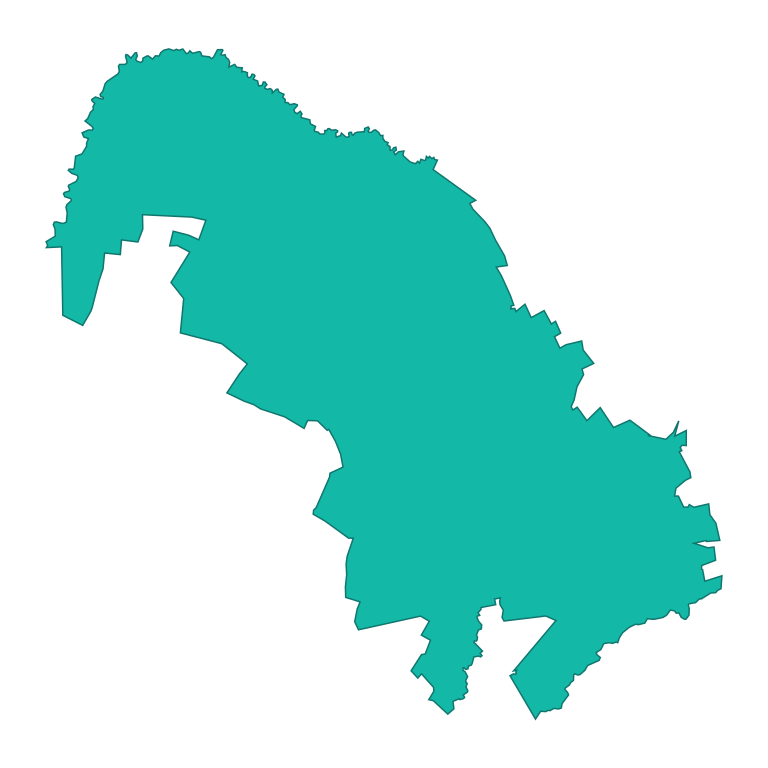 the district of Dr Ruth Segomotsi Mompati, North West, South Africa
{"feature_id": "47623444B1265322146951", "entity_name": "Dr Ruth Segomotsi Mompati", "entity_type": "district", "adm_level": 2, "iso_a3": "ZAF", "parent_name": "South Africa", "parent_adm1": "North West", "projection": "mercator", "projection_center": [24.344, -26.693], "detail": "fine", "context": "isolated", "style": "filled", "palette": "teal", "viewbox_px": 768, "rotation_deg": 0, "n_neighbors": 0, "source": "geoboundaries", "source_scale": "gbopen_adm2", "svg_char_len": 5982}
<svg xmlns="http://www.w3.org/2000/svg" viewBox="0 0 768 768"><path d="M686.2,445.6L686.3,430.5L674.7,436.2L678.8,420.9L673.4,432.3L665.9,439.3L647.8,435.5L649.8,435.0L629.9,420.2L613.5,427.5L600.2,407.6L586.9,420.7L577.2,407.2L572.7,410.0L571.2,406.5L574.0,400.4L577.0,386.8L583.6,374.6L582.0,369.0L593.7,363.4L583.2,350.1L581.7,341.0L566.1,344.7L559.9,348.2L554.5,336.7L560.7,333.1L555.5,321.3L551.4,324.0L544.1,310.6L531.2,317.6L525.0,304.2L515.9,311.6L514.8,308.4L510.8,308.8L511.3,305.9L513.8,305.3L510.4,295.6L501.5,276.0L496.2,267.0L507.3,265.5L504.6,255.9L495.8,240.7L489.8,228.1L484.8,221.6L472.9,209.2L469.8,203.4L475.7,200.3L433.1,169.6L437.4,160.1L434.6,159.5L433.8,157.4L431.9,158.6L429.5,156.4L428.1,158.1L426.4,156.4L425.6,160.1L424.4,160.5L420.9,159.3L419.5,163.2L417.8,161.3L415.4,163.7L410.2,162.0L403.4,155.9L403.0,154.3L403.9,151.0L398.5,151.8L395.3,154.7L393.7,151.9L396.4,150.1L395.9,147.2L393.8,147.7L392.0,150.1L390.1,150.2L390.0,146.6L387.2,144.9L388.1,142.6L385.0,141.5L382.8,138.2L382.9,135.4L380.4,135.5L378.8,132.6L375.5,129.9L374.0,130.1L371.1,132.4L368.7,132.2L368.1,131.1L369.4,128.7L368.2,127.0L364.7,128.4L364.3,131.7L357.1,132.2L354.6,133.3L353.2,135.3L352.1,134.7L351.4,132.3L349.3,132.4L348.6,133.3L349.2,136.4L347.4,137.2L345.9,137.0L341.4,133.1L340.5,135.6L336.2,137.1L335.7,133.2L337.7,131.8L337.6,130.8L335.8,129.8L331.7,130.2L329.3,128.6L327.9,128.7L326.8,130.6L324.7,130.5L325.0,132.9L323.7,134.1L320.0,134.0L317.9,132.0L314.9,131.5L314.3,130.3L315.5,126.4L310.4,123.9L309.8,119.8L301.3,117.6L300.9,116.2L302.0,113.9L300.3,111.3L297.2,113.6L294.7,112.3L293.9,109.5L297.4,105.7L297.3,104.8L294.3,103.7L289.8,104.7L287.9,102.6L285.1,102.5L285.2,99.4L282.7,97.4L284.0,94.4L279.0,92.1L277.9,89.2L276.5,89.2L272.3,93.0L272.2,90.3L271.0,89.0L269.6,88.6L267.5,89.5L264.8,88.2L265.0,86.6L266.9,84.8L265.1,82.1L263.3,82.0L262.1,85.5L258.6,85.8L257.6,81.0L253.2,79.2L255.0,76.0L254.1,74.6L252.1,74.1L250.5,77.3L248.5,77.6L247.4,76.4L247.4,72.7L243.9,71.4L241.7,71.8L242.2,67.8L236.8,67.3L234.7,64.4L228.8,67.1L229.7,62.5L228.4,59.3L226.0,57.5L225.1,54.7L222.2,55.3L220.8,54.5L222.9,50.4L222.4,49.6L217.5,49.7L213.5,57.2L211.6,58.7L209.3,56.8L201.9,55.9L200.6,52.2L199.2,51.6L192.6,53.3L189.8,50.8L188.3,53.0L186.4,53.7L182.8,49.0L179.0,50.3L176.4,49.3L173.7,50.6L168.9,48.9L163.8,50.2L160.7,52.7L159.1,56.0L155.4,55.8L152.6,59.1L148.2,55.9L146.9,56.0L142.9,58.2L142.8,60.9L140.8,62.5L136.8,61.1L135.7,59.4L137.3,55.9L136.5,52.7L135.1,52.9L130.9,58.1L127.9,55.1L126.1,54.5L125.5,56.0L127.0,61.8L126.6,63.4L124.9,64.4L119.6,64.4L118.5,66.1L119.3,71.5L117.9,74.0L107.2,81.3L105.2,83.6L102.8,91.3L100.1,94.4L100.6,96.4L103.3,97.4L103.2,98.7L101.9,99.1L95.5,97.0L91.8,99.4L92.1,101.0L94.8,103.4L93.0,106.7L93.3,109.6L90.5,112.2L87.7,118.6L85.0,121.0L92.0,126.4L93.3,128.7L92.1,130.1L88.5,130.0L82.1,132.8L83.8,137.0L88.4,138.6L86.6,143.2L86.6,146.3L82.0,153.9L75.6,156.2L74.3,167.5L73.5,169.3L69.1,169.1L68.3,170.4L71.8,173.4L77.2,175.3L78.2,177.6L76.1,181.5L68.6,185.2L68.3,186.5L69.7,189.7L69.0,191.1L64.6,192.4L63.5,193.7L64.8,196.7L70.4,198.5L71.4,199.6L71.2,200.7L67.0,204.5L66.0,207.1L67.2,213.0L66.3,222.2L62.8,223.5L56.5,221.9L54.4,222.1L53.3,224.6L55.0,228.9L55.3,236.1L46.1,241.7L47.7,245.3L46.4,247.6L61.6,246.9L62.8,315.3L82.7,325.4L90.9,311.2L92.3,307.1L99.1,280.4L103.0,268.9L104.6,253.0L120.3,254.6L121.5,239.9L137.9,242.0L142.8,229.0L142.5,214.7L191.8,217.1L205.9,220.2L198.8,239.8L188.9,235.3L173.2,231.2L169.7,245.9L177.3,245.5L189.8,252.1L171.0,282.5L183.7,298.5L180.4,332.9L221.8,343.7L247.3,363.9L239.6,373.7L226.9,392.9L244.2,401.2L254.0,404.7L260.5,408.9L284.6,416.8L304.1,428.4L307.6,420.5L317.5,420.8L327.2,430.3L328.8,429.4L335.3,441.0L340.6,454.2L343.0,467.1L330.0,473.2L329.5,477.2L317.3,505.1L316.1,507.7L313.6,510.2L313.2,514.2L325.1,521.1L348.5,538.1L353.3,538.2L347.2,556.2L346.1,564.1L346.7,574.8L345.4,586.9L345.7,597.4L360.1,601.9L357.2,609.0L354.7,621.7L358.5,629.8L420.5,616.1L429.3,621.2L421.3,635.1L430.5,640.2L425.2,654.0L421.5,654.6L411.1,670.8L417.8,678.1L421.5,673.8L433.6,687.4L433.8,691.3L428.8,699.7L433.2,700.6L447.8,714.1L453.9,708.8L453.0,701.4L459.2,698.7L459.9,699.6L463.5,698.6L464.6,697.4L463.3,694.9L467.5,692.0L467.8,690.7L466.0,687.0L467.2,683.3L466.2,682.8L465.7,680.4L467.6,676.7L465.2,671.9L463.0,670.3L463.1,667.8L464.0,667.7L465.6,669.4L467.9,668.9L468.4,666.2L471.1,665.2L472.0,663.9L473.9,656.9L478.7,656.1L480.6,656.9L482.0,655.7L480.1,653.1L482.5,651.1L473.9,642.2L474.6,640.8L476.2,641.1L477.0,640.3L477.5,637.2L476.4,635.2L478.5,629.9L481.3,629.0L481.7,624.9L478.7,621.4L476.9,617.2L477.3,616.1L479.7,615.4L478.1,612.6L480.9,609.6L481.0,607.5L495.7,604.7L494.6,599.0L500.4,597.9L499.7,601.1L500.0,604.6L503.3,610.1L502.1,617.4L504.0,621.0L545.8,616.0L556.0,620.5L513.6,670.9L516.7,670.2L515.8,672.1L516.3,673.3L515.8,674.3L513.4,673.9L510.0,675.7L535.5,719.1L540.6,711.3L545.8,711.6L548.0,710.4L550.1,710.6L553.9,708.4L558.4,709.0L561.3,708.0L562.1,703.6L568.6,694.9L567.5,692.3L564.9,689.4L565.0,688.3L569.4,685.0L570.6,682.7L573.5,680.3L573.7,674.7L574.8,673.8L577.7,675.0L579.8,674.7L584.9,670.3L587.6,665.5L599.1,660.4L600.3,657.5L597.0,654.8L596.2,652.6L600.8,649.6L603.9,643.5L609.5,642.7L612.3,643.4L616.1,642.1L617.7,642.7L619.4,637.7L622.7,632.6L629.1,627.4L635.3,624.3L638.8,624.6L644.8,623.1L647.3,618.8L654.1,619.3L663.1,617.4L666.6,615.2L670.5,609.9L674.6,611.0L676.3,613.2L678.9,612.9L681.2,617.3L684.6,619.3L686.1,619.1L689.0,615.1L689.2,608.4L688.3,605.1L689.0,603.8L695.6,602.6L699.4,598.9L701.4,598.9L710.7,593.0L715.6,592.7L717.7,590.3L721.0,588.7L721.9,575.8L704.8,581.2L702.6,569.7L701.6,569.2L701.6,565.6L715.6,560.2L714.0,547.0L707.9,547.8L694.0,543.3L706.1,540.5L706.4,541.5L719.8,540.4L715.9,523.2L709.9,514.8L708.7,503.9L693.8,507.3L689.3,504.6L688.1,507.0L683.7,507.2L678.4,496.1L674.6,496.1L675.9,488.2L685.4,480.3L690.8,477.6L689.9,471.8L679.2,451.7L681.8,450.7L680.2,447.6L682.1,445.2L686.2,445.6Z" fill="#14b8a6" stroke="#0f766e" stroke-width="1.5"/></svg>